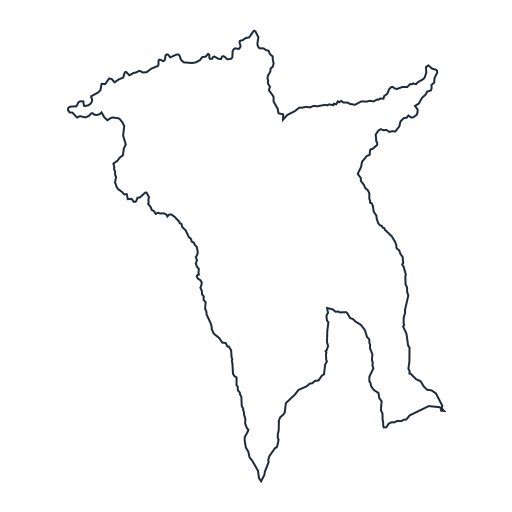 the district of La Unión, Nariño, Colombia
{"feature_id": "7082276B50257092239175", "entity_name": "La Unión", "entity_type": "district", "adm_level": 2, "iso_a3": "COL", "parent_name": "Colombia", "parent_adm1": "Nariño", "projection": "equal_earth", "projection_center": [-77.138, 1.608], "detail": "fine", "context": "isolated", "style": "outline", "palette": "slate", "viewbox_px": 512, "rotation_deg": 0, "n_neighbors": 0, "source": "geoboundaries", "source_scale": "gbopen_adm2", "svg_char_len": 5966}
<svg xmlns="http://www.w3.org/2000/svg" viewBox="0 0 512 512"><path d="M270.2,54.4L268.4,50.6L266.2,50.2L263.6,48.4L259.7,48.3L258.7,47.5L257.7,45.7L257.4,43.4L258.4,37.3L255.4,31.4L254.4,30.7L253.5,31.1L249.2,37.4L245.8,38.0L242.8,40.1L239.9,40.9L239.5,42.5L240.5,45.7L240.2,47.4L238.7,49.0L235.3,48.3L233.6,49.3L232.6,51.4L232.4,57.0L231.6,58.4L230.2,59.1L227.1,59.2L224.6,56.7L223.1,56.2L222.0,56.6L221.0,59.1L218.2,58.7L214.3,56.5L213.2,56.9L212.1,58.8L210.1,58.9L209.4,58.1L209.3,54.8L208.1,53.9L205.7,56.6L202.1,57.2L199.9,60.2L195.7,62.4L192.2,63.0L183.9,62.4L181.1,60.0L179.6,55.7L178.3,54.4L176.1,54.7L170.2,57.4L168.2,54.7L166.8,54.3L165.5,55.7L165.0,59.3L164.3,60.7L163.1,61.1L160.6,59.8L159.1,59.7L158.5,60.7L158.5,64.6L158.0,65.9L151.4,68.6L146.6,72.2L142.7,72.5L140.2,71.0L138.7,71.1L135.7,72.6L133.6,72.9L129.4,75.3L126.3,72.1L125.4,71.9L124.4,73.4L123.3,77.5L118.6,79.5L114.5,82.3L111.7,79.0L109.1,78.5L105.2,84.1L101.6,83.8L100.4,90.1L98.4,92.3L91.2,96.3L91.2,97.5L92.1,99.1L92.1,101.1L90.7,103.6L88.4,105.3L84.5,106.1L83.9,105.6L83.3,101.4L80.4,101.3L78.7,102.0L76.4,106.3L70.9,106.6L69.0,107.2L68.0,108.6L68.1,110.3L69.6,112.4L72.4,112.6L77.0,117.5L79.9,116.2L85.6,117.4L88.8,115.9L91.3,113.4L92.5,113.2L94.3,114.7L96.8,115.0L99.9,114.1L101.5,112.4L104.3,117.3L107.4,120.3L110.8,118.0L112.7,117.5L118.5,118.3L119.9,119.2L122.6,122.6L124.2,126.1L123.1,135.7L125.8,144.4L123.8,148.6L122.9,155.3L120.0,157.4L117.3,160.8L113.4,163.6L114.3,167.1L114.1,169.5L115.1,171.4L115.1,174.7L116.1,177.1L115.0,182.3L116.7,187.1L117.9,188.9L122.2,192.1L124.2,194.4L126.7,194.1L127.8,199.2L131.6,198.8L133.7,201.8L135.4,201.8L136.1,201.2L137.6,197.7L139.8,197.5L145.2,192.6L146.5,192.6L149.0,197.2L148.3,200.1L148.7,202.3L148.1,203.8L150.8,207.3L151.6,209.8L154.0,211.2L155.8,213.9L157.9,212.7L160.1,213.5L163.8,213.3L166.7,214.8L167.4,216.5L169.3,214.5L171.4,214.5L174.7,216.9L179.3,221.8L179.7,223.2L181.4,223.9L182.3,227.1L185.6,230.3L188.8,237.0L191.1,239.1L191.7,241.6L194.0,242.8L194.6,244.6L196.8,246.9L197.8,252.4L197.1,255.0L195.8,257.1L197.0,260.2L195.8,263.6L197.1,267.0L198.8,268.8L198.5,273.3L198.9,274.6L197.6,274.9L196.7,276.3L197.9,278.6L200.4,280.2L201.6,282.1L201.7,284.0L200.4,287.7L201.8,290.9L202.1,294.5L203.8,296.5L203.5,299.8L205.6,302.1L205.1,308.9L206.3,311.2L206.6,314.6L210.2,322.2L211.6,326.3L211.7,329.1L213.8,333.7L219.3,338.1L222.2,342.6L225.7,343.0L227.4,346.5L228.8,346.5L231.1,350.2L231.6,357.5L232.3,359.1L231.8,360.9L232.4,363.3L233.0,373.8L234.3,376.0L236.6,377.5L236.5,385.1L237.7,386.7L237.9,390.4L239.8,392.5L240.1,394.6L241.4,397.0L241.7,405.3L242.0,406.7L243.2,408.4L243.2,410.4L243.8,411.6L244.1,414.8L245.4,419.3L245.1,423.4L246.9,428.2L248.3,429.6L248.0,431.1L244.7,437.2L244.7,440.6L245.8,447.4L248.3,451.7L249.6,457.5L252.3,460.8L258.0,470.8L259.0,478.2L261.1,481.3L264.3,475.0L264.9,471.7L268.7,461.9L268.2,460.2L269.3,456.2L275.1,448.0L276.6,447.4L277.2,446.4L278.6,439.6L277.9,438.3L277.7,435.0L278.7,430.3L278.9,420.5L280.2,417.3L283.3,414.6L284.7,412.5L285.9,403.1L294.9,394.6L298.5,389.9L306.7,386.3L309.8,383.6L312.2,383.3L314.9,380.9L318.6,380.4L321.8,375.7L324.0,374.3L325.1,364.7L326.9,361.4L326.2,359.9L326.0,354.0L326.4,352.5L325.6,351.2L326.8,350.1L328.1,346.0L327.0,342.2L327.3,330.9L328.4,322.4L326.9,320.4L326.5,316.5L326.6,315.3L328.0,313.0L327.1,308.0L332.8,309.4L335.4,311.7L338.6,311.6L339.7,312.4L346.1,312.2L347.7,313.7L349.9,317.9L353.1,319.2L355.4,321.5L360.8,324.8L364.9,330.1L367.0,336.9L369.3,339.4L369.4,343.1L370.1,344.8L370.0,348.3L372.4,354.3L371.9,360.2L372.7,362.2L372.5,365.5L373.4,368.4L369.4,376.6L369.3,380.3L369.5,381.7L370.2,382.2L371.2,386.3L373.7,389.9L378.5,393.0L379.2,398.0L381.6,401.2L380.9,410.1L382.5,413.7L382.6,420.3L383.1,421.4L383.3,426.4L383.9,427.5L386.3,427.3L388.6,423.7L391.7,422.2L394.0,422.4L397.2,421.0L401.4,421.1L403.5,419.8L406.3,419.5L409.7,415.4L428.7,406.1L439.7,407.2L440.6,408.0L441.2,410.7L444.0,410.9L442.6,409.5L441.8,407.6L442.3,405.8L436.0,393.5L431.6,390.4L427.0,389.7L423.8,386.5L420.6,381.2L416.2,379.3L410.8,373.9L409.4,373.5L409.7,371.6L408.4,368.6L409.4,361.7L409.5,347.5L408.1,345.6L406.5,334.0L403.1,326.4L404.2,324.8L403.6,323.0L403.7,317.8L405.1,312.7L405.0,309.8L408.3,295.6L407.1,291.8L407.1,287.6L405.6,284.4L405.3,276.8L405.8,274.5L403.7,266.9L402.2,264.5L403.2,262.9L402.6,256.9L400.3,253.7L399.2,250.3L396.9,248.6L396.4,247.6L396.4,245.4L395.0,241.7L391.8,236.4L384.8,229.6L384.3,228.1L382.8,227.7L381.7,225.8L380.0,225.4L378.2,223.2L376.6,218.3L376.4,215.6L373.7,211.7L372.9,206.1L371.6,203.2L370.0,202.6L370.1,200.8L369.3,198.7L369.3,193.1L367.6,190.0L365.4,188.3L363.8,184.7L360.9,181.0L360.8,178.0L357.7,173.9L361.1,166.9L362.0,161.8L366.6,156.2L369.7,154.8L370.0,150.4L370.9,149.2L372.4,149.0L377.2,144.9L377.2,142.8L376.3,141.4L375.7,134.5L378.5,130.5L380.6,129.2L383.7,130.3L386.2,129.9L389.4,131.9L392.1,131.2L395.3,131.5L399.3,126.4L400.5,121.4L403.7,118.2L406.7,117.7L408.4,115.5L411.3,117.5L413.3,117.3L416.6,114.9L417.6,112.2L417.6,109.5L415.0,105.9L418.9,103.5L421.9,98.0L425.8,94.4L427.0,91.7L430.9,90.4L431.6,88.2L431.5,84.9L434.2,82.6L434.5,78.1L437.2,72.7L437.0,70.8L436.1,69.8L432.0,68.6L428.4,65.4L425.9,67.2L426.3,72.6L424.7,77.5L423.3,79.1L417.9,82.2L416.0,84.2L413.1,83.4L411.9,84.3L410.3,84.0L407.2,87.0L402.3,87.0L397.0,89.0L394.5,88.4L392.9,87.0L391.3,87.0L389.2,89.1L387.3,93.8L384.2,96.1L383.4,98.7L380.0,98.5L378.6,99.7L377.2,99.5L373.6,101.4L369.6,100.8L366.7,101.6L361.3,101.4L354.9,104.8L349.8,103.9L347.8,102.6L343.3,102.5L341.2,100.9L339.1,102.3L337.8,101.4L336.2,104.3L333.8,103.7L333.4,105.2L329.0,104.4L327.2,105.4L325.4,104.8L317.0,106.3L313.6,105.9L310.0,107.4L306.2,106.8L302.1,107.7L299.3,107.6L294.9,111.1L287.2,115.0L283.0,119.7L283.2,114.4L278.5,113.3L277.7,108.8L273.6,101.6L273.5,96.5L268.9,90.2L270.0,86.8L267.9,83.5L268.1,80.4L267.5,78.4L267.9,75.8L270.3,71.6L270.6,68.6L272.9,66.5L273.6,63.3L272.8,59.9L272.7,56.4L270.2,54.4Z" fill="none" stroke="#1e293b" stroke-width="2"/></svg>